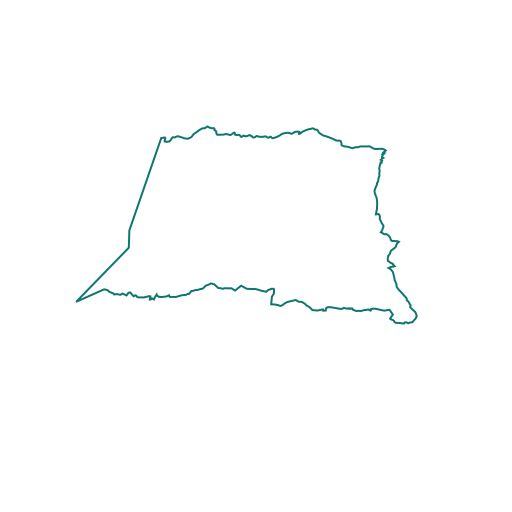 Tehuipango, Veracruz, Mexico, rotated 50°
{"feature_id": "50627088B27268418868479", "entity_name": "Tehuipango", "entity_type": "district", "adm_level": 2, "iso_a3": "MEX", "parent_name": "Mexico", "parent_adm1": "Veracruz", "projection": "natural_earth1", "projection_center": [-97.047, 18.52], "detail": "fine", "context": "isolated", "style": "outline", "palette": "teal", "viewbox_px": 512, "rotation_deg": 50, "n_neighbors": 0, "source": "geoboundaries", "source_scale": "gbopen_adm2", "svg_char_len": 6139}
<svg xmlns="http://www.w3.org/2000/svg" viewBox="0 0 512 512"><g transform="rotate(50 256 256)"><path d="M167.9,348.1L175.5,423.2L183.9,393.8L185.4,392.6L186.8,391.7L189.5,391.3L193.2,389.2L194.4,389.3L195.7,387.1L198.6,384.8L199.0,382.4L203.0,380.5L202.2,377.3L203.1,375.8L208.1,375.7L208.6,373.6L209.4,373.2L211.0,373.4L212.1,372.7L215.7,368.5L217.3,365.1L218.4,363.3L219.0,362.9L221.1,365.3L221.7,364.4L221.5,363.0L223.6,362.2L222.5,359.9L221.7,356.9L222.4,357.2L224.6,356.8L226.5,355.0L227.8,353.1L229.5,350.5L230.2,347.9L231.5,348.4L232.1,348.2L236.0,343.5L238.3,338.2L240.7,334.7L241.2,332.7L242.0,331.9L241.3,328.0L241.9,327.4L243.3,324.0L244.5,322.7L245.3,320.3L246.6,318.1L246.8,316.8L246.4,314.6L246.6,313.1L247.5,310.6L248.1,308.2L248.7,307.5L250.0,307.0L250.7,306.2L256.2,305.5L258.2,303.6L259.7,302.6L260.5,300.8L265.1,295.5L269.0,294.2L269.2,286.5L275.1,284.2L279.1,279.9L280.8,277.8L283.2,276.0L286.3,274.1L290.0,271.1L289.9,268.6L291.2,265.0L292.6,263.5L293.9,264.3L295.3,265.5L296.4,266.7L297.4,270.0L302.8,275.4L305.3,272.7L307.6,270.8L309.9,269.5L310.7,267.4L310.8,264.2L311.4,261.5L313.0,258.3L315.3,253.8L318.5,252.7L320.6,250.4L323.9,249.3L326.8,249.0L328.7,248.1L332.1,247.6L333.6,247.6L335.6,245.7L337.5,243.7L338.3,241.9L340.0,239.1L341.0,239.7L342.6,237.7L341.0,235.6L341.4,233.8L343.4,231.6L347.2,228.3L350.6,225.6L352.0,223.6L352.1,222.3L353.1,221.4L354.3,220.6L355.6,219.1L356.6,218.2L356.2,218.1L358.1,216.0L359.6,216.3L362.9,214.3L363.7,212.8L365.2,211.5L365.7,210.7L367.2,207.4L368.1,206.6L368.3,205.8L368.9,204.9L369.3,204.2L370.7,203.8L371.5,203.3L371.5,202.9L370.6,202.3L372.0,199.5L374.0,197.8L380.3,192.9L383.0,188.3L388.8,188.8L390.2,193.5L390.8,193.5L392.1,192.9L393.3,192.2L394.4,192.0L395.6,192.3L396.7,192.0L397.5,191.4L398.5,190.4L399.2,189.4L399.9,188.7L401.0,187.9L402.8,186.0L402.8,185.8L402.5,185.0L402.9,184.3L403.4,183.5L404.3,183.1L405.3,182.7L405.6,182.2L405.8,181.3L406.1,180.5L406.7,179.5L407.3,178.8L407.0,177.7L406.6,174.4L405.8,172.3L405.2,171.5L404.3,171.0L403.1,170.5L402.1,170.3L401.2,170.0L399.2,170.3L394.9,170.8L394.1,170.6L393.7,170.1L393.0,169.2L391.3,169.1L390.4,168.8L388.6,168.6L386.7,168.9L385.9,168.1L384.4,167.8L373.3,168.3L370.9,168.2L369.6,167.8L368.8,167.2L367.7,166.5L366.4,166.1L365.0,165.6L363.7,165.4L361.6,164.0L360.0,163.3L358.8,162.6L357.1,161.8L355.5,161.3L353.7,161.4L352.1,161.5L350.4,162.1L351.0,160.0L351.5,159.0L352.4,157.5L352.9,156.4L350.6,156.5L349.9,156.2L347.7,157.3L346.9,157.4L346.0,157.6L344.8,158.1L343.9,157.7L343.0,157.1L342.3,156.4L341.9,155.7L340.9,154.5L340.7,153.5L340.6,152.7L340.1,151.5L339.4,150.4L338.7,149.2L338.8,147.3L339.0,144.4L338.7,142.9L338.0,141.6L337.4,140.6L337.0,139.7L337.0,138.5L336.9,137.4L336.3,137.7L335.5,138.3L334.7,139.1L333.8,140.1L332.9,140.9L331.8,142.2L330.4,142.4L329.5,142.0L328.2,141.5L327.1,141.3L325.5,141.4L324.5,141.6L323.3,142.0L322.5,142.7L322.0,143.6L321.2,144.0L320.1,144.3L319.1,144.6L318.1,145.1L317.7,143.6L317.4,142.8L316.3,141.1L315.6,139.6L314.5,138.9L313.3,138.7L312.1,138.6L307.1,137.4L305.6,135.8L304.7,135.4L303.4,135.0L302.4,135.4L301.2,137.4L297.4,132.8L293.4,129.2L292.7,128.7L291.6,127.8L289.3,126.4L288.1,125.9L287.1,125.7L286.1,125.2L284.8,124.9L283.7,124.2L282.7,123.7L282.0,123.0L280.9,121.2L279.8,119.1L279.3,117.9L278.3,116.7L277.9,116.4L277.9,115.8L277.4,114.9L276.6,113.6L276.0,112.9L275.2,112.2L274.6,111.3L274.2,110.2L273.6,109.6L272.8,109.1L272.3,108.8L271.3,107.7L270.9,107.3L270.0,106.4L269.2,105.9L268.3,105.5L267.8,104.8L266.9,103.9L266.0,102.6L265.7,101.8L265.0,101.3L264.6,100.7L265.2,99.7L264.3,99.4L264.1,98.2L263.1,98.4L262.8,97.7L262.6,97.9L262.6,96.8L262.7,95.5L261.5,96.1L260.9,95.7L260.5,94.6L260.0,93.5L259.9,92.2L259.2,93.2L258.9,91.9L258.6,92.0L258.6,88.8L256.6,89.4L255.2,90.3L254.1,91.5L252.5,93.6L250.2,96.3L248.3,97.3L246.8,97.8L245.4,98.2L244.4,99.2L243.0,101.1L242.1,102.1L240.7,103.8L239.7,104.8L239.0,106.0L238.4,107.6L237.7,108.7L236.6,109.9L236.3,110.5L235.7,112.5L235.2,113.0L231.4,115.4L229.0,117.7L226.9,119.0L225.8,119.1L224.7,118.2L223.6,117.7L222.5,117.3L221.7,117.6L220.8,118.4L220.0,119.5L219.0,120.3L218.0,120.9L216.4,121.4L211.5,124.1L210.0,125.0L208.5,125.9L207.2,126.9L205.7,127.5L204.5,127.8L203.3,128.2L202.3,128.4L200.9,128.3L200.1,128.0L199.5,128.0L198.8,128.1L197.9,128.6L196.9,129.6L195.5,130.0L194.6,130.5L194.2,131.4L193.7,132.7L193.1,133.5L192.6,134.6L191.6,137.3L190.9,139.6L190.7,140.7L190.6,141.9L190.6,143.1L190.5,144.0L190.1,144.5L189.6,144.3L189.2,143.4L188.9,143.1L188.5,143.2L187.9,143.7L187.3,144.4L186.5,145.4L186.0,146.5L185.8,147.3L185.6,148.7L185.4,150.0L184.8,150.5L184.3,150.9L183.7,151.0L182.7,151.8L181.8,152.7L180.6,154.6L180.2,155.5L179.5,156.7L179.2,157.7L179.0,159.2L179.0,160.2L178.4,162.4L178.3,163.2L178.0,164.2L177.5,165.1L177.2,166.1L176.7,167.3L176.0,167.8L175.0,168.0L174.2,168.0L173.9,168.3L173.7,168.8L173.7,169.5L173.6,169.9L173.2,170.6L172.6,171.0L171.9,171.2L171.1,171.5L170.2,172.1L169.8,172.8L169.6,173.5L166.9,176.7L165.8,177.6L164.8,178.0L164.5,178.6L164.2,180.8L163.7,181.8L162.9,182.2L161.3,182.3L160.4,182.8L159.5,182.9L159.0,183.6L158.8,184.5L158.3,186.0L157.6,187.0L156.8,187.6L155.8,188.1L155.6,189.1L155.5,190.5L154.7,190.9L153.9,190.8L152.7,190.9L151.8,191.7L151.3,192.5L149.9,194.0L149.2,193.8L148.5,193.4L147.7,193.2L147.2,194.2L147.3,195.2L147.0,197.5L146.3,198.4L145.3,199.0L144.1,199.9L143.3,200.6L142.8,201.4L142.5,202.2L141.9,203.2L141.1,204.2L140.5,204.9L139.0,206.9L138.0,207.8L137.0,207.6L136.1,207.3L135.3,206.5L134.7,206.4L133.9,206.6L132.9,206.9L132.2,206.2L131.3,206.0L130.6,206.6L129.9,207.5L129.0,208.3L127.8,209.1L126.6,209.5L125.6,210.0L125.4,210.6L125.4,211.6L125.1,213.3L124.3,214.2L123.6,215.4L123.4,216.9L123.1,218.3L123.0,220.4L122.6,225.8L123.3,228.4L123.3,229.7L122.9,230.9L122.7,232.1L122.0,233.2L120.5,234.6L119.2,235.7L118.3,236.0L116.8,237.1L116.0,237.6L114.5,238.4L113.3,240.2L113.1,241.8L112.7,242.3L111.7,243.1L111.5,244.1L111.7,245.0L112.5,247.1L112.5,248.4L111.9,249.8L111.1,251.1L109.6,252.3L109.0,251.9L107.4,249.7L106.6,249.7L106.0,250.5L105.5,251.8L104.7,252.7L155.0,336.6L167.9,348.1Z" fill="none" stroke="#0f766e" stroke-width="2"/></g></svg>